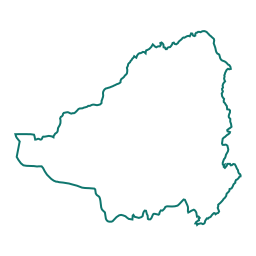 Aiuaba, Ceará, Brazil
{"feature_id": "56859067B38072225425515", "entity_name": "Aiuaba", "entity_type": "district", "adm_level": 2, "iso_a3": "BRA", "parent_name": "Brazil", "parent_adm1": "Ceará", "projection": "equal_earth", "projection_center": [-40.267, -6.585], "detail": "fine", "context": "isolated", "style": "outline", "palette": "teal", "viewbox_px": 256, "rotation_deg": 0, "n_neighbors": 0, "source": "geoboundaries", "source_scale": "gbopen_adm2", "svg_char_len": 5496}
<svg xmlns="http://www.w3.org/2000/svg" viewBox="0 0 256 256"><path d="M126.7,217.4L128.7,218.9L131.2,219.3L132.4,219.5L132.7,215.6L133.4,214.9L134.7,216.8L138.9,217.9L141.4,217.1L142.7,216.0L142.9,214.4L143.4,212.6L143.9,211.6L144.7,210.6L146.0,210.8L146.9,214.2L147.6,215.4L147.9,218.9L148.8,219.4L150.4,219.3L151.5,217.9L152.8,214.9L153.5,213.9L154.7,213.8L158.6,214.7L159.3,214.0L159.5,212.6L160.8,210.4L162.5,210.6L164.4,208.7L165.4,206.9L167.1,206.3L171.9,206.5L174.9,206.3L177.6,205.6L179.2,204.2L183.6,199.5L184.9,199.8L187.3,205.2L187.9,206.8L188.0,208.1L187.9,211.2L188.3,212.5L189.7,211.8L190.6,211.2L191.7,210.6L193.8,209.7L194.7,210.2L195.6,211.3L196.3,212.6L197.0,216.7L198.5,216.5L199.7,217.9L198.7,218.8L199.0,220.3L198.1,220.7L196.1,222.1L195.4,223.4L196.6,223.5L197.1,224.9L198.0,224.0L199.4,223.7L201.0,223.3L202.9,224.1L204.0,223.6L204.7,222.9L205.2,220.8L206.0,219.6L206.8,218.4L207.9,218.7L208.5,217.8L209.5,217.5L210.7,216.8L211.8,215.2L213.0,213.9L213.9,213.1L214.7,213.1L215.5,214.3L216.7,213.4L218.2,212.9L219.1,211.4L218.3,209.4L217.7,207.9L218.2,206.5L218.2,204.7L219.1,203.9L219.9,203.3L220.9,202.3L222.1,201.0L222.8,200.2L223.4,199.2L224.2,198.4L224.9,197.8L225.6,196.8L226.2,195.9L226.4,194.7L226.7,193.6L227.7,192.7L228.7,191.7L229.4,190.7L229.6,189.0L230.8,188.7L231.6,188.3L232.4,187.0L232.9,186.0L233.5,184.4L234.5,183.4L235.3,182.7L235.3,181.5L236.1,179.9L237.3,179.4L238.5,178.2L239.5,176.6L240.5,176.4L240.6,175.3L240.0,174.1L239.1,173.6L238.4,172.4L237.9,170.0L237.0,168.8L235.8,166.0L234.8,164.3L233.3,164.0L231.8,165.2L230.7,165.3L230.0,163.9L227.4,163.9L226.7,165.8L224.9,167.9L223.7,166.8L224.5,164.7L223.6,165.1L222.8,164.6L222.7,162.9L223.1,161.6L224.0,159.1L224.8,158.3L225.5,156.8L226.0,154.7L227.9,151.4L228.3,149.4L227.9,147.8L227.4,145.7L226.2,144.8L225.3,144.6L224.3,144.9L222.6,144.8L222.0,143.5L222.7,138.8L223.7,137.7L225.0,136.9L226.9,135.1L228.1,134.4L229.6,133.2L230.0,132.1L229.0,131.7L227.6,131.4L227.2,130.1L228.1,129.3L228.9,128.7L230.2,127.9L231.5,126.8L231.2,125.0L231.0,123.8L230.2,121.6L230.3,118.9L228.9,117.4L228.7,116.1L229.2,114.1L229.9,112.6L230.0,110.5L229.2,109.6L227.2,109.3L226.8,106.0L225.8,104.7L224.8,103.0L223.8,102.1L223.7,100.6L224.1,98.9L223.0,97.7L222.1,96.2L221.9,94.6L221.7,93.5L222.5,92.3L222.9,91.2L222.3,90.3L222.0,88.9L223.0,87.5L222.6,85.7L223.1,83.9L224.0,82.5L225.1,81.4L224.4,79.8L224.1,78.4L224.6,76.5L224.3,75.3L224.8,74.3L225.1,73.0L225.9,71.3L226.7,69.8L228.0,68.8L229.2,69.3L230.8,68.9L230.4,66.8L229.3,65.1L228.2,64.7L227.4,63.8L226.5,62.8L225.3,61.8L223.9,61.1L222.3,60.6L221.0,59.6L220.2,58.2L219.6,55.9L219.2,54.6L218.4,54.0L217.5,53.7L216.5,52.4L215.9,50.7L215.6,49.1L215.2,47.5L214.6,45.8L213.7,43.3L214.0,41.7L214.2,40.2L213.8,38.8L212.5,37.7L211.7,37.0L210.6,35.9L209.6,35.3L208.9,34.3L207.9,33.4L207.0,32.3L205.9,31.6L204.5,31.1L203.1,31.1L201.8,31.5L200.6,32.2L199.4,31.9L198.0,31.9L197.2,32.6L196.2,32.7L195.3,34.0L195.3,35.6L194.3,36.1L192.9,35.4L192.3,33.6L191.1,33.4L190.6,34.6L189.8,36.3L188.5,35.9L187.3,36.1L186.1,36.7L185.3,37.2L184.4,37.7L183.4,37.5L182.5,38.1L181.8,39.0L180.7,40.0L179.4,41.0L178.4,42.1L177.9,43.1L176.2,44.3L174.8,44.0L173.8,42.6L172.6,43.0L172.2,44.3L171.2,45.8L170.1,47.1L168.5,47.3L167.5,47.8L166.8,49.1L165.7,49.1L164.9,47.5L163.6,47.3L163.5,46.0L163.4,44.5L162.4,43.2L161.5,42.5L160.3,43.1L160.9,44.8L159.8,46.4L158.5,46.3L157.5,46.6L156.3,47.3L155.3,46.8L154.1,45.7L152.8,44.4L152.0,45.7L151.3,46.9L150.3,47.9L149.4,48.9L148.3,49.5L147.3,50.0L146.3,50.3L145.8,51.4L145.6,53.3L144.3,52.1L142.9,51.9L141.8,52.6L140.5,53.2L139.4,53.2L138.0,54.3L137.1,55.6L136.3,57.7L135.3,57.1L134.2,56.2L133.5,57.6L132.3,58.7L131.6,60.0L130.6,61.0L130.0,62.3L129.0,63.1L128.2,64.1L127.8,66.1L126.9,67.8L127.3,69.8L127.2,71.8L126.9,73.5L125.9,74.7L124.8,75.6L124.2,76.7L122.8,78.0L121.4,79.0L120.6,80.5L120.5,82.3L119.4,83.2L118.1,83.8L116.8,84.2L115.1,85.1L114.1,85.5L112.8,86.2L111.7,86.6L110.7,87.0L109.8,87.4L108.3,87.8L107.1,88.2L105.8,88.5L104.6,89.4L103.8,90.5L103.1,92.1L103.0,93.7L103.2,95.3L103.0,96.9L102.6,98.0L102.2,99.3L101.6,100.8L101.5,103.1L100.2,104.4L98.9,104.8L98.0,105.0L97.0,105.2L95.4,104.9L93.8,104.6L92.5,104.7L91.6,105.0L89.8,105.9L88.2,105.9L87.4,106.6L86.3,107.0L84.9,107.4L83.9,107.6L82.5,108.3L81.3,108.4L79.6,108.5L78.4,109.1L77.2,110.5L75.2,112.5L74.0,113.2L72.7,113.2L71.3,113.6L70.3,113.3L69.4,112.9L68.5,112.4L67.6,112.2L66.2,112.4L64.8,112.7L63.8,112.9L63.0,113.9L62.7,115.4L61.8,116.4L60.8,116.9L60.1,118.6L60.5,120.0L60.5,121.5L60.4,123.2L59.7,125.2L58.8,126.7L58.0,128.2L57.8,130.2L57.5,131.6L56.6,132.7L55.1,133.7L54.5,134.8L53.7,135.7L53.5,137.3L51.8,136.4L50.2,136.1L48.8,135.9L46.2,136.4L44.6,136.7L43.2,136.6L42.5,137.3L42.0,138.6L41.4,139.4L40.4,139.6L39.5,139.2L38.7,138.8L37.5,138.9L36.6,139.4L35.2,139.6L34.5,136.2L34.0,134.7L30.7,134.2L21.3,134.1L15.4,134.2L16.1,136.6L16.7,137.7L19.7,141.5L19.4,142.9L16.7,156.9L18.5,160.0L21.0,163.4L23.4,165.3L26.3,165.8L34.0,166.1L37.1,166.5L38.9,166.3L41.6,166.3L43.1,168.1L44.8,171.4L47.0,174.7L51.0,178.7L51.9,179.4L53.8,180.7L56.2,181.7L57.3,181.7L59.2,182.2L63.2,182.6L67.5,183.3L68.9,183.5L72.1,184.4L77.0,185.7L82.0,187.6L85.0,188.0L89.5,188.2L94.3,188.6L95.2,189.4L95.8,193.5L96.8,195.0L98.9,196.5L99.5,197.3L100.0,198.8L100.4,200.9L101.2,207.4L101.9,209.4L103.0,210.6L104.9,212.4L105.9,218.8L106.8,220.4L107.9,221.3L109.3,221.7L111.3,221.7L112.6,221.2L116.5,217.1L119.2,215.3L121.1,214.9L123.2,215.4L125.5,216.3L126.7,217.4Z" fill="none" stroke="#0f766e" stroke-width="2"/></svg>